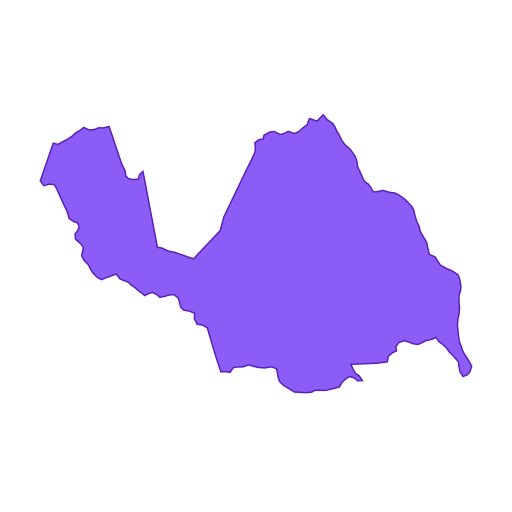 Itapajé, Ceará, Brazil, rotated 167°
{"feature_id": "56859067B91483000258384", "entity_name": "Itapajé", "entity_type": "district", "adm_level": 2, "iso_a3": "BRA", "parent_name": "Brazil", "parent_adm1": "Ceará", "projection": "albers", "projection_center": [-39.573, -3.737], "detail": "fine", "context": "isolated", "style": "filled", "palette": "violet", "viewbox_px": 512, "rotation_deg": 167, "n_neighbors": 0, "source": "geoboundaries", "source_scale": "gbopen_adm2", "svg_char_len": 2902}
<svg xmlns="http://www.w3.org/2000/svg" viewBox="0 0 512 512"><g transform="rotate(167 256 256)"><path d="M449.3,377.7L446.9,372.3L441.5,372.5L436.7,371.1L435.3,367.4L434.0,361.1L432.0,350.7L430.7,344.8L429.8,340.0L429.7,334.6L426.0,330.7L422.5,328.4L421.7,324.0L424.3,320.7L427.3,318.3L428.1,313.0L424.0,307.3L422.3,303.1L423.9,299.6L425.8,295.6L424.4,290.1L421.3,285.3L420.3,280.7L418.6,276.0L415.3,270.7L411.8,267.7L406.8,268.6L402.0,269.1L396.2,269.9L393.8,264.4L389.6,261.3L386.3,259.2L384.3,255.9L381.5,253.0L378.7,249.0L375.8,245.7L373.3,242.4L369.0,243.6L365.0,243.7L361.3,240.7L359.0,237.4L353.7,237.2L349.3,237.6L344.4,236.6L341.1,232.3L340.9,227.1L340.9,222.9L338.4,219.4L333.5,217.4L328.7,214.0L330.2,208.7L328.7,202.7L323.5,200.7L319.6,196.8L318.7,181.9L318.3,175.1L317.7,166.4L316.3,151.1L311.3,150.0L307.4,148.4L303.3,152.3L299.1,152.1L293.8,150.9L287.7,151.5L279.4,147.1L272.8,145.0L265.6,144.4L261.3,141.5L261.5,137.5L261.7,132.6L261.3,128.4L258.4,123.9L253.0,118.6L249.1,114.8L244.1,113.3L237.7,111.5L232.5,110.8L228.8,111.9L224.1,110.8L218.5,109.4L210.2,109.4L204.2,109.6L201.1,113.1L197.0,115.7L192.3,117.5L187.7,115.2L185.2,111.6L180.4,110.7L182.5,116.2L185.6,119.5L186.9,124.1L187.9,129.1L163.1,124.5L151.9,123.3L149.8,128.3L144.9,131.0L140.5,132.0L140.1,136.3L136.0,139.6L130.2,140.0L126.7,137.9L122.6,135.1L118.0,133.4L114.0,134.1L109.5,135.3L103.3,135.3L99.0,136.1L97.0,131.4L93.0,126.6L90.8,122.9L89.3,119.0L86.8,115.4L85.1,111.9L82.6,107.4L83.1,103.0L83.3,97.6L81.4,92.0L76.3,92.8L73.5,95.3L70.6,100.1L71.9,104.9L73.1,108.6L74.8,112.9L76.0,117.1L76.3,121.0L77.1,126.8L76.7,132.4L75.9,138.4L75.4,142.7L73.6,148.8L70.9,154.6L69.3,160.1L68.6,165.3L67.2,171.6L64.5,176.3L63.2,180.2L62.7,187.4L63.4,192.3L68.2,197.3L73.4,201.2L78.3,205.5L80.1,210.3L81.8,214.9L86.7,218.6L86.8,226.1L86.7,231.0L88.2,235.8L90.3,242.6L90.5,248.8L91.7,254.0L92.0,259.8L92.0,264.8L92.8,268.7L94.9,272.3L97.3,276.6L100.3,280.3L103.7,283.9L106.8,286.3L112.0,288.2L117.8,291.5L122.4,291.3L127.3,292.0L128.6,296.5L130.2,300.6L133.5,304.1L134.6,309.1L135.6,314.2L136.9,320.1L136.4,325.5L136.9,330.5L138.7,335.2L140.7,339.6L144.0,343.9L146.4,349.3L147.6,354.7L149.3,360.3L150.1,364.0L151.3,367.7L155.9,372.8L158.8,378.5L166.2,373.7L173.0,377.9L176.7,372.3L182.1,370.0L186.0,367.7L191.0,366.7L196.5,370.2L200.9,369.0L205.2,369.0L210.4,373.3L214.7,373.7L221.0,371.9L222.8,368.4L227.1,368.7L231.7,366.5L232.1,362.2L233.6,357.6L235.8,354.4L246.0,342.0L278.4,301.5L285.2,288.8L317.5,267.3L321.1,269.5L326.4,272.9L330.3,275.2L334.2,277.8L340.6,280.7L345.8,284.9L350.1,286.7L347.1,363.8L351.2,361.5L353.3,357.3L358.7,358.2L362.5,359.8L364.8,363.0L364.4,369.0L365.7,373.7L366.5,379.3L370.0,415.2L376.0,415.2L380.6,416.3L385.1,415.6L390.2,416.3L394.8,420.0L398.5,418.3L403.4,416.8L408.0,414.2L413.6,412.1L418.7,410.8L423.9,409.3L428.2,411.5L449.3,377.7Z" fill="#8b5cf6" stroke="#5b21b6" stroke-width="1.5"/></g></svg>